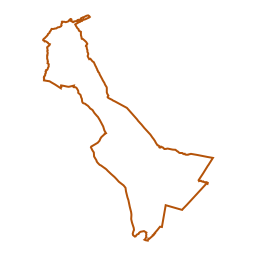 the district of Podgoria, Buzau, Romania
{"feature_id": "2599482B62775264936185", "entity_name": "Podgoria", "entity_type": "district", "adm_level": 2, "iso_a3": "ROU", "parent_name": "Romania", "parent_adm1": "Buzau", "projection": "equal_earth", "projection_center": [26.994, 45.465], "detail": "fine", "context": "isolated", "style": "outline", "palette": "amber", "viewbox_px": 256, "rotation_deg": 0, "n_neighbors": 0, "source": "geoboundaries", "source_scale": "gbopen_adm2", "svg_char_len": 5375}
<svg xmlns="http://www.w3.org/2000/svg" viewBox="0 0 256 256"><path d="M134.9,236.6L135.7,236.3L136.0,235.7L136.6,235.0L137.2,234.4L138.6,233.9L138.9,233.3L139.1,232.8L140.5,231.8L144.0,231.1L146.3,232.5L146.0,232.9L146.3,234.2L146.4,234.5L146.1,235.6L146.3,236.6L145.8,237.9L145.3,239.0L144.5,239.7L145.5,240.2L147.7,240.6L147.7,240.3L148.4,239.5L148.4,238.8L148.9,239.1L153.2,235.4L152.9,235.1L153.5,234.6L153.7,234.8L154.9,233.4L154.6,233.2L157.3,230.1L160.0,226.7L161.9,227.0L165.7,205.2L174.8,207.8L182.1,209.9L183.1,208.7L186.8,204.9L206.7,183.3L207.3,183.8L207.5,183.9L207.8,182.9L207.0,182.5L206.9,182.4L206.6,182.7L206.4,182.7L206.3,182.4L206.0,182.2L205.2,182.2L204.7,182.4L203.3,181.5L203.1,181.8L202.0,181.5L201.0,180.8L200.2,181.0L199.9,180.7L199.6,180.6L199.0,181.0L198.6,180.2L203.1,173.4L208.0,165.5L208.3,165.2L212.9,157.9L207.7,157.0L197.5,155.0L191.2,153.9L190.7,153.9L189.8,154.2L189.4,154.2L188.7,154.4L188.5,154.6L187.4,154.7L187.2,154.8L185.5,154.6L184.8,154.2L184.6,154.0L184.6,153.8L184.2,153.8L183.9,154.0L183.7,153.8L183.1,153.8L182.4,153.1L182.1,153.0L181.1,153.0L180.5,153.0L179.4,152.9L178.2,151.9L178.1,151.7L177.0,151.1L176.5,150.6L175.9,150.2L175.5,149.8L172.6,149.6L167.8,148.6L167.1,148.6L166.2,148.9L164.4,149.0L164.2,148.9L163.2,147.7L162.9,147.7L162.3,147.2L161.4,147.1L161.1,146.8L160.7,147.4L160.6,147.5L159.8,147.6L159.4,147.4L159.2,147.0L159.3,146.5L159.3,146.2L158.6,145.6L158.3,145.4L157.5,145.3L157.3,145.0L155.6,142.4L155.2,141.4L153.3,138.6L152.6,137.8L150.4,134.6L144.5,128.2L141.3,124.3L140.7,123.7L137.7,120.4L137.5,119.9L137.0,119.3L126.9,107.9L115.1,101.5L112.8,100.4L112.2,99.9L108.6,98.1L107.7,97.4L107.6,97.0L107.7,96.7L108.4,95.7L107.3,93.8L106.8,92.4L106.8,88.1L106.7,87.3L106.5,86.9L105.9,86.0L104.9,84.3L104.6,83.4L104.3,82.8L102.7,80.2L102.2,79.1L99.6,74.3L99.2,73.0L98.6,72.2L98.3,72.1L98.0,71.4L98.0,71.1L97.3,70.1L97.3,69.7L97.2,69.3L96.5,68.1L96.4,67.7L95.9,66.6L95.5,66.0L93.9,62.4L93.7,62.1L92.8,61.6L92.2,61.0L90.4,58.8L89.2,59.2L87.7,56.3L87.7,55.8L88.2,54.5L88.2,53.7L88.1,53.2L87.4,51.9L87.4,50.1L86.9,48.8L86.6,46.6L86.5,46.4L86.2,46.4L85.9,46.1L86.0,45.6L86.6,45.2L86.7,44.7L87.2,44.1L87.3,43.9L87.2,43.5L86.8,43.1L86.2,42.0L84.3,40.2L82.7,38.9L81.9,38.9L81.7,38.7L81.5,37.2L80.9,35.0L80.9,34.1L80.9,31.8L79.4,31.0L78.9,30.6L78.8,30.4L78.6,29.3L77.3,28.1L76.8,27.2L76.0,26.0L75.2,24.4L77.4,23.1L79.0,22.2L80.0,21.9L80.2,21.4L80.9,21.2L81.3,20.9L81.5,21.0L81.9,20.7L82.1,20.8L82.3,20.5L82.2,20.2L82.3,20.1L82.8,20.1L83.1,19.8L83.5,19.8L85.0,19.4L86.6,18.7L87.3,18.3L87.7,18.2L89.5,17.3L89.8,17.0L89.7,16.9L89.3,16.2L89.0,16.1L88.8,15.8L88.4,15.7L88.1,15.4L86.4,15.8L84.1,17.0L83.8,17.1L83.4,17.7L83.1,17.4L82.8,17.4L82.7,17.6L81.5,18.0L81.3,18.3L80.9,18.4L80.7,18.6L80.7,18.9L80.9,18.9L81.0,19.2L81.0,19.3L80.8,19.5L80.1,19.9L79.5,20.3L79.3,20.2L78.8,19.8L78.4,19.8L77.7,20.0L77.7,20.6L77.1,20.6L76.9,20.8L77.1,21.1L76.2,21.1L74.8,21.3L74.2,21.5L73.7,21.6L73.5,22.1L73.1,22.2L72.3,21.7L71.9,21.5L71.5,21.1L71.1,21.0L71.1,20.8L71.3,20.6L71.6,20.6L71.5,20.2L71.1,20.1L71.4,19.4L71.3,19.2L70.5,19.0L70.4,19.1L70.5,20.0L70.4,20.2L70.2,20.2L69.6,19.8L69.4,20.0L69.5,20.5L68.8,20.7L68.6,21.1L68.0,21.5L66.1,22.1L65.3,22.1L64.5,21.8L63.3,21.8L62.1,21.6L61.8,22.0L62.1,22.8L61.4,24.0L61.3,25.0L61.5,25.5L61.3,25.7L61.1,26.2L59.5,27.1L57.7,27.4L56.3,28.4L54.6,28.6L54.2,28.8L52.8,29.0L51.6,28.9L50.7,30.7L50.2,31.3L49.8,31.6L49.6,32.7L49.0,33.2L48.6,33.6L48.0,34.0L47.9,34.2L47.8,34.9L47.0,35.7L46.7,36.3L46.0,36.8L44.8,38.1L43.8,38.8L43.3,39.5L43.1,40.0L43.4,40.4L44.3,40.8L44.6,41.4L45.4,41.2L46.1,41.5L47.3,42.3L47.7,42.7L48.0,42.8L48.2,43.3L48.8,43.8L49.9,44.2L49.7,44.7L49.3,45.4L48.0,46.4L47.8,46.8L47.4,46.9L47.2,47.3L47.1,47.9L47.5,49.1L47.5,49.6L47.4,50.3L47.6,50.6L47.3,50.9L47.3,51.6L47.7,52.4L47.6,52.8L47.7,53.4L47.7,53.6L47.5,53.9L47.4,54.3L47.5,54.7L47.3,54.8L47.1,55.2L47.3,55.8L47.1,56.3L47.2,57.2L47.1,58.2L47.2,58.6L47.2,59.0L47.5,59.3L47.6,60.3L47.9,61.2L47.7,61.5L47.9,61.9L47.5,63.2L47.8,63.4L48.3,63.9L48.5,63.9L48.8,64.3L48.6,65.6L48.7,66.4L48.5,66.9L47.9,67.9L47.8,68.7L47.3,69.7L46.2,70.1L46.4,70.6L45.6,71.3L45.9,71.8L45.9,72.4L45.8,72.8L45.5,73.2L45.6,73.5L45.2,74.0L45.2,74.3L45.1,74.5L45.2,74.9L45.1,75.5L44.5,76.2L44.2,76.3L44.0,76.6L44.1,77.4L43.9,77.7L44.1,78.0L44.1,78.5L43.9,78.9L43.9,79.1L44.2,79.5L44.0,80.4L49.6,81.3L51.2,82.3L55.0,84.5L60.7,88.2L60.7,87.8L61.1,87.5L61.2,87.1L61.4,87.0L61.4,86.9L61.2,86.7L61.2,86.2L61.0,85.8L61.1,85.4L64.4,86.0L66.6,86.5L68.4,86.8L69.3,86.7L73.9,85.6L73.6,86.6L73.5,87.0L73.8,87.2L75.2,87.2L75.6,87.3L76.4,87.8L76.8,88.3L78.1,90.6L78.3,91.3L78.2,92.8L80.4,94.8L80.6,95.1L81.2,97.5L81.8,98.6L82.2,101.7L82.7,102.7L83.1,103.1L85.4,103.9L86.3,104.8L87.7,105.6L89.3,107.3L90.0,108.3L92.5,110.0L94.4,113.0L96.9,115.9L97.9,116.9L99.7,119.9L103.2,126.5L104.4,130.5L106.0,133.2L104.9,133.6L105.0,133.9L104.2,134.5L101.3,137.2L100.3,138.8L99.7,140.3L99.4,140.9L98.6,141.7L98.1,142.4L97.5,142.9L91.2,146.6L90.9,147.3L92.5,150.5L93.8,152.4L94.1,156.5L96.5,160.5L96.7,161.5L97.7,162.8L99.6,164.8L100.9,165.4L106.3,169.3L107.8,170.9L111.3,174.2L114.6,177.1L116.6,179.2L118.8,181.7L123.6,185.4L125.5,187.8L126.0,191.4L127.5,197.5L128.4,200.1L129.8,206.9L131.1,212.0L131.4,214.3L131.4,215.5L131.2,219.0L131.3,219.6L132.0,222.6L133.7,227.8L134.0,230.0L133.4,231.3L132.7,233.8L133.1,235.2L134.9,236.6Z" fill="none" stroke="#b45309" stroke-width="2"/></svg>